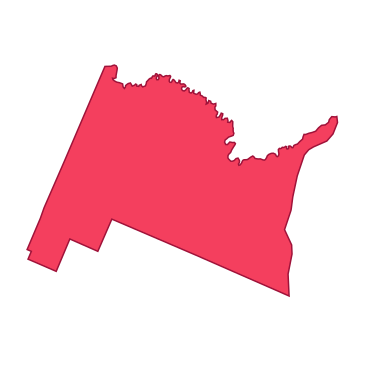 outline of Gilliam, Oregon, United States of America, rotated 113°
{"feature_id": "52423323B16142622218163", "entity_name": "Gilliam", "entity_type": "district", "adm_level": 2, "iso_a3": "USA", "parent_name": "United States of America", "parent_adm1": "Oregon", "projection": "robinson", "projection_center": [-120.461, 45.439], "detail": "fine", "context": "isolated", "style": "filled", "palette": "rose", "viewbox_px": 384, "rotation_deg": 113, "n_neighbors": 0, "source": "geoboundaries", "source_scale": "gbopen_adm2", "svg_char_len": 3716}
<svg xmlns="http://www.w3.org/2000/svg" viewBox="0 0 384 384"><g transform="rotate(113 192 192)"><path d="M110.4,321.2L213.1,321.5L264.3,322.0L275.6,321.3L309.4,321.3L309.4,316.7L317.9,316.7L318.1,286.0L283.0,286.1L283.4,255.5L248.3,255.2L248.6,164.7L249.8,62.0L249.4,62.2L230.0,71.5L210.0,75.7L201.8,79.6L190.5,92.1L170.4,93.7L168.6,94.1L157.2,97.3L136.1,101.4L114.1,103.1L107.5,101.1L102.9,97.7L92.4,87.8L83.5,84.9L71.2,85.2L65.9,88.2L66.9,89.4L67.2,90.3L68.0,92.8L71.7,93.9L74.5,93.5L78.1,95.5L80.0,98.8L83.5,100.6L87.7,101.9L90.2,104.6L92.2,107.3L94.6,109.8L95.2,111.4L97.8,111.3L100.1,110.9L103.5,112.5L106.8,113.7L107.3,114.5L107.7,114.9L108.6,115.8L109.4,116.4L110.9,116.4L111.8,116.5L112.1,117.5L111.7,118.2L111.3,119.2L111.5,120.1L112.1,120.9L112.7,120.5L114.4,120.2L115.1,120.9L115.2,121.7L114.1,122.3L113.3,122.6L113.5,123.8L114.2,124.0L115.2,125.0L115.6,126.4L116.9,126.8L117.5,127.6L117.7,128.6L119.1,129.1L120.6,128.4L123.1,126.8L124.8,126.6L126.0,127.1L126.2,127.5L125.8,128.7L124.6,129.9L124.5,132.3L125.5,134.2L127.4,136.0L129.1,136.8L131.4,136.8L133.3,137.1L134.4,137.8L134.7,139.3L134.8,142.0L135.8,144.1L136.5,147.1L135.6,148.4L135.1,150.1L136.7,151.4L138.2,152.3L139.6,153.1L140.6,153.8L141.3,155.2L142.0,156.7L142.9,157.5L143.9,157.7L146.0,157.7L148.3,158.3L149.1,159.3L148.1,160.2L146.9,159.9L144.9,160.3L144.0,161.2L142.8,162.9L144.0,164.5L144.8,164.8L146.6,165.5L148.0,167.0L148.5,168.4L148.0,169.6L147.5,170.8L147.2,171.5L146.5,172.3L145.0,172.9L144.3,173.1L142.8,172.9L140.6,171.9L137.7,171.9L134.3,171.4L131.5,170.9L130.4,171.0L129.8,172.4L130.6,173.9L131.2,176.7L134.5,177.9L135.1,179.5L133.4,181.5L131.1,181.8L129.6,180.9L127.2,179.8L125.0,177.4L123.8,176.2L121.5,176.4L120.7,177.4L118.6,178.5L117.4,178.9L115.7,180.2L111.4,181.9L110.6,183.5L111.7,184.0L113.2,184.3L113.8,186.4L112.2,186.8L110.3,188.3L111.3,190.4L113.1,191.2L113.8,192.9L111.9,193.7L109.2,193.8L107.9,194.3L108.0,195.9L108.9,195.9L112.2,196.3L113.1,197.2L113.9,198.6L113.1,199.2L111.5,199.6L110.6,199.2L108.4,199.6L107.9,201.2L107.3,202.9L104.9,204.1L103.5,203.7L101.2,204.7L102.7,206.5L102.8,209.1L101.2,210.3L101.3,212.3L102.3,212.1L104.2,212.1L105.5,213.3L103.5,213.6L102.4,214.7L101.2,215.4L99.9,215.7L99.8,217.1L100.4,218.1L99.6,220.1L99.6,222.1L98.0,223.0L97.0,223.8L98.0,224.8L99.4,225.1L100.5,226.4L100.4,228.1L100.4,229.0L99.2,229.6L98.2,229.7L97.6,230.0L98.4,230.8L99.5,230.6L101.3,231.6L101.3,233.4L99.2,234.7L97.9,235.1L97.7,236.6L98.8,237.2L100.7,237.7L102.1,238.7L102.3,240.2L101.7,241.5L100.6,242.1L99.1,242.1L98.4,241.2L98.3,240.1L97.5,238.9L96.8,239.1L95.9,240.5L95.7,241.8L96.6,243.6L97.0,244.6L96.4,245.9L95.5,246.0L94.2,246.3L94.2,247.5L96.1,247.2L97.3,247.8L97.6,249.5L96.7,250.8L95.8,252.6L95.8,253.4L97.0,253.8L98.1,253.6L99.3,254.1L99.6,255.3L99.0,256.2L97.4,256.8L94.7,256.7L93.8,256.9L93.4,257.9L94.0,258.6L94.7,259.8L94.9,261.1L95.8,262.2L96.8,262.8L97.2,263.8L97.1,264.8L96.5,266.2L96.4,267.5L97.0,268.1L98.2,268.3L98.7,267.7L100.4,266.8L101.8,267.0L102.4,268.2L101.6,269.2L100.0,269.5L99.1,269.2L97.6,269.7L97.0,270.6L97.2,271.4L98.1,271.7L98.6,271.5L99.7,271.5L100.0,272.2L100.4,273.3L101.8,273.7L102.6,273.6L103.3,274.0L103.4,274.7L104.8,275.6L106.8,276.3L108.4,276.9L109.9,276.5L112.5,276.3L114.5,278.4L113.9,280.1L112.9,280.8L114.4,282.3L115.6,282.3L116.1,284.2L114.7,284.9L114.7,286.1L116.1,286.6L117.9,288.4L116.9,289.6L115.7,291.3L117.1,293.1L118.4,293.9L119.9,294.7L121.6,294.3L123.1,294.7L122.2,296.5L119.6,298.1L119.7,301.5L120.3,304.2L120.0,307.1L119.4,308.8L118.3,309.6L118.0,308.1L116.5,306.6L114.5,307.4L111.4,308.1L108.8,308.7L107.1,309.2L105.5,311.0L105.5,313.1L106.6,314.5L107.9,315.6L108.0,315.9L110.4,321.2Z" fill="#f43f5e" stroke="#9f1239" stroke-width="1.5"/></g></svg>